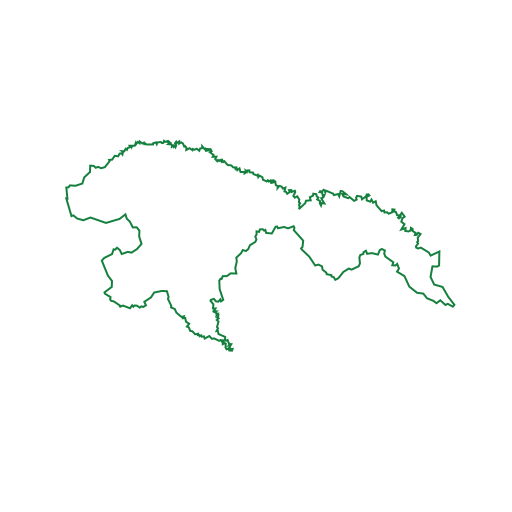 Tejupilco, México, Mexico (orthographic projection), rotated 204°
{"feature_id": "50627088B9468705483198", "entity_name": "Tejupilco", "entity_type": "district", "adm_level": 2, "iso_a3": "MEX", "parent_name": "Mexico", "parent_adm1": "México", "projection": "orthographic", "projection_center": [-100.226, 18.891], "detail": "fine", "context": "isolated", "style": "outline", "palette": "green", "viewbox_px": 512, "rotation_deg": 204, "n_neighbors": 0, "source": "geoboundaries", "source_scale": "gbopen_adm2", "svg_char_len": 6146}
<svg xmlns="http://www.w3.org/2000/svg" viewBox="0 0 512 512"><g transform="rotate(204 256 256)"><path d="M349.7,334.3L348.9,332.8L350.8,331.4L350.6,329.1L353.7,329.9L355.4,328.1L357.3,328.0L357.1,326.8L360.5,327.5L362.8,324.5L363.6,326.6L365.5,327.6L366.1,326.8L368.4,329.0L370.6,329.4L371.9,327.4L372.8,329.4L374.3,327.0L375.4,327.9L375.8,326.0L373.9,324.7L373.8,322.8L374.6,323.5L375.3,322.2L376.3,323.4L377.3,321.6L378.0,323.3L380.0,324.0L379.8,323.1L381.6,322.5L380.6,324.4L382.5,324.2L382.1,325.1L383.1,325.4L385.5,323.3L386.8,323.8L386.7,321.6L387.8,320.9L389.3,321.4L392.4,319.6L392.2,317.8L393.7,319.0L395.8,317.2L395.4,316.0L401.7,313.2L402.8,313.8L403.5,312.9L404.5,314.0L405.3,312.6L408.8,313.3L408.2,311.6L410.4,312.1L411.0,309.4L411.8,310.3L411.6,307.5L413.9,306.3L413.9,305.2L414.6,306.1L416.3,305.3L415.1,304.4L417.2,302.4L417.1,300.5L418.7,300.9L418.9,298.1L421.0,297.3L419.8,297.0L419.3,294.4L420.6,295.1L422.2,294.1L422.5,291.0L425.8,290.1L426.6,285.5L429.3,284.0L428.3,283.0L430.2,275.7L433.2,273.2L436.5,273.2L438.3,271.4L440.8,272.3L444.2,271.1L441.8,265.2L444.9,258.0L444.1,251.6L449.4,246.8L454.7,244.8L455.2,242.5L457.1,241.4L451.6,231.7L452.7,231.4L440.8,217.4L439.5,218.8L434.5,217.5L428.3,218.4L422.9,223.8L406.5,225.2L395.8,234.3L392.2,240.9L389.3,237.6L385.2,236.1L380.2,232.0L376.6,233.7L372.8,231.7L370.6,226.2L365.5,220.5L367.5,214.0L371.0,208.5L374.8,207.6L379.5,203.2L382.9,206.1L386.4,207.0L387.2,204.5L388.8,204.2L388.3,199.2L393.8,192.6L395.0,189.1L383.4,177.9L377.4,174.6L375.2,169.1L379.6,161.1L378.5,160.1L372.2,159.3L371.6,157.0L370.0,156.1L367.5,156.7L359.6,155.3L360.0,153.9L357.4,156.6L349.8,157.0L349.1,160.6L347.4,159.8L346.8,161.4L344.6,162.2L341.2,161.6L340.2,163.4L338.3,163.6L336.5,166.2L339.4,168.7L335.1,175.4L334.2,181.2L327.9,185.7L323.1,187.6L319.2,183.1L319.0,181.0L313.1,176.0L312.8,174.5L308.6,174.5L305.7,171.9L299.2,170.0L297.4,171.5L297.3,169.5L295.5,170.6L293.2,167.5L289.5,166.9L290.4,163.4L288.4,163.5L285.6,160.8L283.6,161.4L279.8,159.7L277.3,161.4L276.9,160.1L275.7,160.7L274.9,159.8L273.8,161.2L272.8,160.2L270.9,161.4L269.3,159.7L266.1,163.9L262.5,162.4L260.7,163.7L255.2,163.5L254.0,165.0L252.7,164.2L252.0,165.6L250.4,164.4L251.3,163.4L250.5,161.9L249.0,163.7L247.9,163.6L246.7,160.1L245.0,158.8L243.8,160.1L241.9,158.8L239.4,159.8L239.6,161.5L240.5,160.8L243.2,161.6L242.8,164.7L244.3,163.5L243.8,165.1L244.9,164.8L247.8,167.7L248.9,166.4L250.2,166.7L251.2,169.5L258.6,169.5L260.6,172.2L261.5,171.5L261.3,174.5L262.7,175.2L263.6,180.9L265.8,181.6L264.8,183.7L266.4,184.0L265.7,184.6L266.4,186.8L267.6,185.8L267.5,187.6L268.5,186.9L269.0,187.9L271.1,187.9L270.0,189.3L272.3,188.7L271.7,191.6L274.0,190.6L275.3,194.6L279.3,196.5L279.5,197.5L277.0,199.7L274.3,198.3L271.9,198.9L271.0,201.8L269.5,200.3L268.1,202.6L275.7,210.9L279.5,218.5L279.1,220.8L278.1,221.0L278.2,224.1L274.5,225.7L272.1,229.8L266.8,232.0L270.0,236.5L271.3,243.1L273.3,246.6L270.8,252.4L270.5,256.0L267.2,256.5L265.9,259.1L265.9,263.4L262.4,268.5L262.3,271.2L264.6,273.6L264.2,275.8L265.5,278.7L263.0,279.3L263.3,281.8L260.8,283.2L258.9,282.5L258.1,283.6L256.1,281.2L250.7,283.0L250.0,290.7L248.7,291.5L247.2,290.3L242.2,293.9L238.0,294.3L233.7,298.5L232.3,297.3L232.0,295.0L219.1,289.2L217.2,283.1L217.9,281.3L216.9,280.6L207.1,277.1L198.1,271.4L195.6,273.5L191.5,273.4L189.6,270.6L185.0,269.4L184.0,268.1L179.4,269.2L178.7,268.0L176.4,268.3L173.9,266.5L171.7,269.2L169.7,277.0L166.1,282.3L163.2,282.4L158.0,288.4L158.0,291.5L161.0,296.7L161.1,299.4L158.8,301.5L159.3,303.2L157.7,305.5L155.4,303.2L151.2,305.8L145.2,306.9L145.3,311.8L143.9,313.6L140.5,313.4L139.9,310.4L137.6,308.1L128.0,306.1L127.7,303.0L124.8,304.0L123.8,306.2L120.3,302.7L120.8,299.1L112.2,298.0L103.5,290.4L93.9,287.9L87.9,289.7L82.5,286.9L76.0,287.2L71.9,286.3L69.6,290.5L63.0,288.3L61.4,290.3L55.6,289.8L54.9,292.1L63.8,296.9L73.0,303.6L81.6,302.4L88.0,307.8L90.6,318.3L86.2,320.0L84.9,321.8L90.3,334.7L96.6,327.4L99.6,329.5L108.8,330.7L111.0,328.8L113.0,328.8L113.8,329.8L113.0,333.4L114.4,334.2L114.0,335.6L115.7,338.6L114.6,343.0L117.3,343.2L117.8,340.7L119.4,339.8L119.6,342.0L123.2,342.6L123.9,344.4L125.9,344.7L125.2,342.1L126.6,340.5L129.8,339.6L130.7,342.3L134.0,339.3L133.3,345.5L137.2,346.4L137.5,350.0L136.2,352.4L140.4,354.8L140.8,352.8L139.6,350.1L140.8,348.5L141.8,348.8L141.0,351.5L143.8,350.8L146.0,353.1L148.1,352.8L148.4,354.7L150.4,354.1L149.3,351.4L152.0,348.6L153.9,349.3L156.3,348.0L157.5,349.6L159.5,348.1L166.6,351.4L168.9,354.7L170.7,352.3L173.5,354.6L173.8,352.1L177.4,351.8L179.1,354.9L177.1,357.4L178.3,358.1L179.9,357.2L179.7,355.3L182.2,350.9L184.0,353.1L188.1,352.0L188.3,350.0L187.0,348.5L188.8,346.3L194.5,347.9L195.3,346.3L200.3,346.0L202.4,347.7L198.5,349.0L203.4,350.3L205.1,349.8L204.2,344.3L206.2,346.0L209.6,343.3L210.8,344.3L218.0,344.2L219.1,341.6L218.7,343.9L221.2,344.0L221.8,341.6L223.8,341.3L223.9,340.2L221.5,340.9L219.7,338.5L218.3,339.8L218.3,337.0L219.9,335.3L214.9,331.8L217.6,331.0L217.2,328.6L219.2,330.2L219.7,332.2L223.1,332.6L222.8,334.7L224.7,335.1L226.1,337.0L229.0,336.2L228.5,334.3L230.7,331.6L228.7,329.1L232.8,326.8L232.5,324.3L235.9,316.3L236.1,318.7L237.5,320.2L237.1,322.1L238.6,322.5L239.4,325.1L242.6,327.3L244.3,325.1L246.3,326.1L246.1,330.3L247.0,331.4L249.5,329.0L250.5,330.6L252.6,329.6L251.2,328.3L252.8,325.5L254.7,326.9L256.3,326.6L257.0,330.4L258.8,328.5L260.8,329.8L263.3,329.5L263.9,326.9L264.6,328.7L266.7,328.8L268.7,331.9L270.7,332.3L272.1,331.5L269.5,330.8L271.8,328.9L273.7,330.7L274.6,329.2L276.0,330.0L276.6,328.5L280.7,328.5L282.2,330.6L285.5,330.8L286.0,329.0L287.5,331.0L288.2,329.9L291.7,329.8L292.5,331.0L296.0,329.9L297.0,331.5L298.7,330.6L298.5,329.2L300.2,329.8L299.2,328.1L300.1,326.8L300.7,328.1L304.3,326.4L306.7,329.3L308.0,326.8L309.7,328.7L310.2,327.3L311.1,328.4L312.9,327.7L315.4,328.7L318.9,327.6L323.6,329.7L324.2,328.5L326.3,330.2L326.9,329.4L325.6,329.1L325.8,328.1L327.9,329.1L328.4,327.8L329.8,328.2L330.0,326.8L332.7,328.0L332.6,330.6L335.9,329.0L335.8,331.0L340.4,332.1L339.2,333.7L341.0,335.1L344.5,333.7L342.5,333.3L344.4,331.7L345.9,333.5L346.4,332.7L349.7,334.3Z" fill="none" stroke="#15803d" stroke-width="2"/></g></svg>